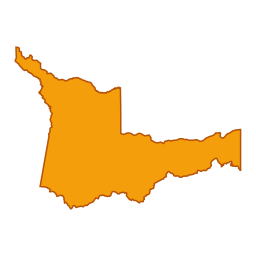 outline of Japurá, Amazonas, Brazil
{"feature_id": "56859067B39136722056704", "entity_name": "Japurá", "entity_type": "district", "adm_level": 2, "iso_a3": "BRA", "parent_name": "Brazil", "parent_adm1": "Amazonas", "projection": "orthographic", "projection_center": [-68.104, -1.386], "detail": "fine", "context": "isolated", "style": "filled", "palette": "amber", "viewbox_px": 256, "rotation_deg": 0, "n_neighbors": 0, "source": "geoboundaries", "source_scale": "gbopen_adm2", "svg_char_len": 5697}
<svg xmlns="http://www.w3.org/2000/svg" viewBox="0 0 256 256"><path d="M240.6,170.2L240.6,129.5L235.3,130.1L232.5,131.1L230.0,132.8L227.3,133.9L225.8,135.4L224.7,137.0L223.1,138.2L221.5,137.8L220.3,136.7L220.1,136.2L220.5,133.5L220.3,132.9L219.2,132.6L218.2,133.1L216.3,132.9L215.6,133.1L213.7,135.1L211.7,136.0L210.1,136.3L205.7,138.3L204.2,139.9L201.6,141.2L199.8,141.2L197.3,139.9L195.8,139.7L193.4,140.3L191.8,140.1L189.7,140.4L186.7,139.4L184.9,139.6L182.5,138.8L181.0,138.7L179.1,138.9L176.8,140.1L173.3,140.3L171.7,141.0L169.3,140.4L168.0,140.5L166.9,141.0L165.6,141.0L164.7,141.6L163.8,143.4L163.3,143.5L160.8,142.1L158.0,142.8L156.0,142.7L154.4,142.1L152.4,140.8L151.4,140.5L150.8,139.6L151.0,138.0L150.8,137.5L149.1,135.0L145.7,135.8L144.4,135.7L140.8,133.6L139.0,133.3L137.8,133.7L136.5,134.8L134.3,135.3L133.3,135.0L131.2,133.5L128.2,132.9L126.3,133.3L124.7,134.2L122.6,134.3L120.8,133.4L120.7,106.5L120.4,88.0L119.9,88.2L119.5,87.8L119.5,88.3L119.2,88.0L118.0,88.0L118.0,87.6L117.7,87.6L117.7,87.8L117.2,87.7L116.7,88.2L116.2,88.1L115.8,88.5L115.0,88.0L114.8,88.9L114.4,88.6L113.6,88.8L113.6,89.3L111.8,89.9L110.6,91.0L110.1,90.9L109.6,91.6L108.5,91.9L107.5,91.7L106.4,92.6L106.1,93.2L105.3,92.8L104.1,92.7L103.0,93.0L102.9,92.8L102.3,92.7L101.9,93.0L101.1,92.9L100.9,92.5L100.6,92.9L98.9,92.4L98.4,91.8L98.2,92.0L97.6,91.4L97.6,91.5L96.9,91.0L96.7,91.2L96.4,90.7L95.6,90.3L95.2,89.7L95.2,88.9L94.9,88.6L94.9,87.8L94.3,87.3L93.8,86.4L92.4,85.4L92.1,84.3L90.9,82.7L89.7,82.2L88.1,82.1L87.1,81.5L86.3,81.5L84.4,80.4L82.7,80.2L81.7,79.4L79.3,78.5L78.6,77.9L77.2,77.9L76.4,77.5L75.1,78.1L73.3,77.9L73.1,78.3L72.4,78.4L72.3,78.9L70.6,78.7L69.5,79.3L68.3,79.6L67.6,80.6L66.5,80.6L65.3,80.9L64.1,80.1L62.0,79.4L59.8,79.9L58.2,79.7L56.9,78.2L54.9,77.8L54.5,77.5L53.3,75.3L52.1,74.5L51.4,73.6L50.7,73.2L50.0,73.5L48.7,73.3L47.6,73.7L47.1,73.3L47.0,71.6L46.3,71.0L44.0,69.8L42.2,69.6L41.3,69.1L40.6,68.2L40.5,67.6L40.6,63.3L38.2,61.8L37.5,60.7L36.5,60.3L34.2,60.5L32.6,59.9L32.1,59.2L31.9,58.4L32.2,56.9L32.0,56.5L31.1,55.3L30.3,55.1L29.8,55.5L29.4,56.9L29.0,57.6L27.0,57.8L26.0,59.0L25.1,59.0L24.4,58.3L24.2,57.5L23.8,57.0L23.0,56.7L21.8,55.7L21.6,55.2L21.3,52.1L20.7,51.6L19.4,51.3L19.2,50.7L19.4,48.9L19.0,48.0L17.9,47.4L16.0,47.2L16.3,57.9L15.9,59.1L15.4,59.8L15.4,61.4L18.8,64.0L19.1,65.0L21.5,67.7L22.1,68.0L22.9,69.4L24.6,70.4L25.1,70.1L26.3,70.3L27.2,70.2L28.4,72.2L28.9,72.2L30.0,72.7L30.1,73.2L31.1,73.2L32.5,74.7L32.9,74.9L33.4,75.8L35.7,76.7L36.0,77.0L38.3,77.8L38.4,78.7L39.0,78.7L39.9,79.1L40.2,79.5L40.0,81.0L40.5,81.3L41.2,82.6L40.5,84.3L41.1,84.7L41.5,85.6L41.9,85.4L42.3,85.8L42.2,86.4L42.8,86.5L41.8,88.0L41.6,89.0L40.7,90.3L40.6,91.1L39.5,91.7L39.8,92.1L39.3,92.6L39.9,92.7L39.7,93.2L40.3,93.3L40.1,93.8L41.5,94.9L41.7,95.5L42.2,95.5L42.9,96.1L43.1,96.7L42.3,97.8L43.7,98.8L44.2,98.9L45.1,100.2L44.8,102.2L45.1,102.6L45.9,102.8L46.2,103.3L48.4,104.7L48.4,105.7L49.1,106.4L49.6,106.2L50.7,106.6L50.8,107.2L49.9,108.0L49.5,108.1L49.5,108.6L50.1,108.7L50.6,109.3L50.3,110.6L50.5,111.2L52.1,113.4L52.0,114.6L51.2,115.3L51.1,116.9L50.2,119.5L50.5,120.8L51.5,122.8L51.4,125.1L51.9,126.2L51.9,127.1L50.3,128.0L49.9,129.7L50.0,132.0L48.7,133.9L49.0,136.1L40.1,186.5L46.0,187.1L47.1,187.5L48.1,188.4L49.9,189.0L50.2,189.4L49.7,191.6L50.5,191.8L51.2,191.5L53.3,191.6L54.4,192.2L56.6,194.8L56.6,195.5L57.0,196.3L60.9,195.1L61.5,195.7L62.2,195.5L62.8,195.8L64.0,197.8L64.0,199.9L64.6,201.3L64.4,202.4L64.6,203.0L65.8,202.5L66.4,202.9L67.1,203.6L67.7,205.1L69.2,206.2L70.5,208.6L71.0,208.8L71.6,208.5L72.1,207.9L72.9,206.1L74.2,205.5L74.9,205.9L75.7,207.1L76.6,207.4L77.5,207.0L77.8,206.6L79.3,206.6L80.9,206.1L83.1,206.8L85.0,205.3L86.6,205.5L87.3,205.3L89.3,203.4L93.1,201.9L95.7,198.0L97.2,198.3L98.0,198.8L98.4,198.5L99.0,196.5L99.7,195.6L101.5,195.5L102.4,195.0L102.8,195.0L103.2,195.3L103.7,195.3L104.5,195.9L105.4,195.9L107.3,196.5L108.3,196.2L109.8,196.3L110.9,195.2L111.0,194.3L111.9,192.4L112.6,191.5L113.1,191.4L116.1,192.2L116.4,192.7L117.8,193.8L119.1,193.9L120.4,192.7L121.6,192.7L123.6,192.2L124.7,193.2L125.5,192.8L126.4,192.8L126.8,193.8L126.4,195.3L126.6,195.9L129.3,199.3L129.8,199.3L130.1,199.7L131.4,200.4L132.4,199.2L132.8,199.3L133.7,200.3L135.9,200.6L137.0,201.1L138.2,202.2L139.5,202.8L140.1,202.0L141.0,201.4L142.8,201.8L143.2,201.5L143.4,200.2L144.4,199.1L143.9,197.2L144.9,196.4L146.4,195.7L146.6,194.8L148.1,194.6L149.3,193.7L149.6,193.2L150.1,189.5L150.7,189.2L151.6,189.2L152.3,188.5L153.4,188.4L153.8,187.5L153.8,185.9L154.4,184.9L154.2,183.9L154.3,183.5L155.1,182.8L156.3,182.6L158.0,181.3L158.8,180.8L159.4,180.8L161.9,179.3L163.4,179.0L164.4,177.4L166.2,176.7L166.4,175.9L166.0,175.0L166.0,174.6L168.0,171.7L169.0,171.6L170.6,173.0L172.3,173.5L173.6,174.4L173.9,175.7L175.4,176.1L178.3,175.9L179.4,177.0L180.8,177.3L181.7,177.1L183.4,176.2L187.3,176.0L188.2,175.7L189.5,174.8L191.0,174.8L193.1,174.3L195.3,173.1L196.8,173.3L197.1,173.0L197.5,170.6L197.9,170.4L198.9,170.5L201.1,171.3L203.7,170.2L204.6,170.6L206.2,170.5L206.9,169.9L207.4,168.6L208.8,168.5L209.7,168.1L210.4,166.8L211.3,165.7L211.4,165.2L210.8,163.5L211.3,161.7L212.4,160.5L215.6,158.3L216.7,158.4L217.1,158.8L217.2,159.8L217.9,160.5L218.2,161.9L220.9,164.5L221.8,164.9L222.0,165.2L221.3,165.9L221.3,166.6L221.5,166.7L222.0,166.5L222.0,166.0L222.6,165.4L223.4,165.2L223.1,164.4L223.8,163.8L225.5,163.4L226.0,163.4L226.4,163.8L227.2,163.0L228.4,162.7L230.3,161.6L231.3,161.3L231.5,161.4L231.7,162.2L231.7,163.3L232.2,163.9L230.8,164.0L230.7,164.5L231.0,165.6L231.7,165.5L232.2,165.9L232.9,165.7L233.1,166.2L234.0,166.1L235.6,166.4L236.7,166.1L237.6,166.2L238.4,166.8L238.7,167.7L238.7,168.4L239.2,168.8L239.7,169.9L240.6,170.2Z" fill="#f59e0b" stroke="#b45309" stroke-width="1.5"/></svg>